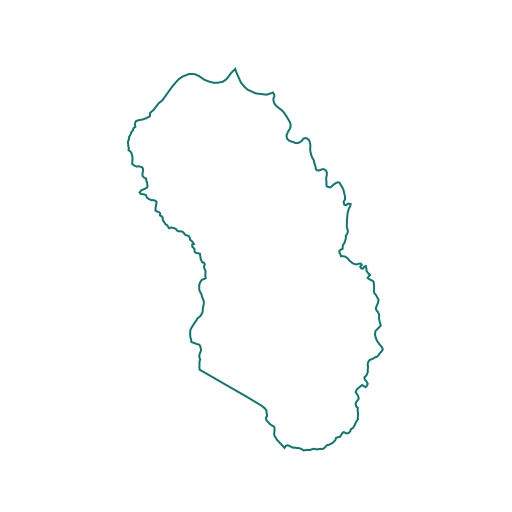 outline of Jaguarão, Rio Grande do Sul, Brazil, rotated 212°
{"feature_id": "56859067B71859783217554", "entity_name": "Jaguarão", "entity_type": "district", "adm_level": 2, "iso_a3": "BRA", "parent_name": "Brazil", "parent_adm1": "Rio Grande do Sul", "projection": "robinson", "projection_center": [-53.354, -32.403], "detail": "fine", "context": "isolated", "style": "outline", "palette": "teal", "viewbox_px": 512, "rotation_deg": 212, "n_neighbors": 0, "source": "geoboundaries", "source_scale": "gbopen_adm2", "svg_char_len": 5545}
<svg xmlns="http://www.w3.org/2000/svg" viewBox="0 0 512 512"><g transform="rotate(212 256 256)"><path d="M265.2,148.8L263.1,149.3L261.7,149.6L259.4,150.0L257.1,150.7L255.5,150.0L254.3,148.7L252.8,147.3L252.3,145.5L251.9,143.0L251.0,140.8L249.8,139.7L248.5,138.6L247.9,136.3L246.6,134.3L245.6,132.6L244.7,131.1L243.5,129.7L189.2,131.7L171.2,132.0L169.7,131.7L167.9,131.5L165.3,130.6L164.1,128.7L163.0,127.7L161.7,126.1L161.9,124.0L160.4,122.4L158.4,121.8L156.5,121.3L154.9,120.8L152.8,120.7L150.7,120.9L149.3,120.2L148.1,118.3L147.3,116.8L146.5,114.9L145.1,113.3L143.0,112.4L141.0,111.3L130.1,108.4L130.1,110.9L128.6,112.4L127.1,112.6L125.0,112.8L122.9,113.1L121.3,114.2L119.6,114.8L117.4,116.0L114.8,116.4L112.6,116.3L111.4,117.4L110.0,118.6L107.5,120.0L106.1,121.8L104.3,123.5L102.2,124.0L100.8,125.2L99.0,126.7L97.2,127.6L96.4,129.3L95.9,131.2L95.5,133.3L94.2,134.4L93.2,136.1L92.1,137.7L91.6,139.6L91.1,141.8L91.7,144.1L90.3,146.1L88.9,147.2L88.9,149.3L89.0,151.3L88.3,153.2L86.1,153.3L84.7,153.8L83.6,155.1L83.2,157.1L83.7,159.5L82.6,161.7L82.7,165.1L83.1,167.4L83.2,169.4L83.1,171.9L84.2,173.1L84.9,174.7L85.7,176.2L86.7,177.5L88.2,179.0L89.0,181.1L91.5,181.6L93.2,183.4L93.6,185.6L93.4,187.7L93.3,189.5L95.2,191.4L97.1,192.3L99.5,193.5L99.7,196.8L98.3,201.0L97.6,202.9L95.4,202.7L93.5,202.9L93.2,204.8L93.5,206.8L95.9,208.2L98.3,208.9L99.8,210.6L99.1,213.2L99.6,216.7L100.8,218.3L102.1,221.3L103.9,223.2L104.7,225.7L104.5,228.2L103.1,229.8L102.1,231.6L101.3,233.2L99.9,234.9L99.6,236.9L99.4,239.7L98.9,241.8L99.0,244.1L101.8,245.8L103.9,246.3L105.5,247.0L107.4,247.7L109.3,248.8L111.3,250.3L113.5,252.5L114.9,255.5L114.5,257.7L113.8,260.5L113.4,263.1L114.6,264.4L116.2,265.8L117.4,267.0L118.9,268.6L120.0,270.9L121.4,272.2L123.1,273.2L124.8,273.6L126.5,274.8L127.1,277.0L127.4,278.6L127.6,280.3L128.3,282.3L128.9,283.8L130.6,284.8L132.4,285.8L133.9,286.6L135.7,287.1L137.3,288.4L138.0,290.0L139.4,292.3L141.0,294.4L142.4,296.3L144.1,296.8L146.3,296.4L148.0,296.4L149.6,296.5L149.7,298.3L149.1,300.2L151.5,300.8L154.4,301.9L155.8,303.9L157.5,305.7L158.7,304.2L158.4,302.2L159.9,301.2L162.0,302.1L161.6,304.5L163.0,305.1L164.7,304.0L165.8,302.5L167.1,301.8L168.7,301.3L170.3,301.1L172.7,301.4L174.7,301.7L176.6,302.5L178.5,302.7L180.2,302.7L182.1,301.9L183.9,300.9L185.3,302.2L187.0,303.0L188.0,304.5L187.4,306.4L186.3,307.8L187.1,309.4L188.1,311.1L187.9,314.0L188.5,316.2L189.1,318.5L190.6,320.8L190.4,323.5L191.1,325.5L192.6,327.2L194.2,328.4L195.1,330.0L196.0,331.5L198.1,335.1L199.7,338.3L200.7,340.1L201.3,341.8L201.9,343.8L202.4,345.6L202.4,348.0L203.3,350.2L205.7,349.2L206.5,346.9L208.2,346.2L210.4,348.3L210.5,351.2L211.4,352.7L212.7,354.3L214.0,355.6L215.9,357.4L217.0,358.6L219.7,360.2L222.2,361.4L224.1,362.4L225.7,361.9L226.8,360.3L228.2,357.6L228.6,355.1L229.6,353.4L231.4,352.8L233.1,352.6L234.2,354.0L235.3,355.9L236.4,357.2L237.9,359.5L238.8,362.0L240.0,364.2L241.8,365.5L243.6,365.7L244.9,365.4L246.1,364.3L248.1,361.7L249.9,361.0L251.3,361.5L252.7,363.2L255.5,365.5L257.9,367.9L261.1,369.6L263.7,371.9L266.0,374.2L267.6,377.0L268.9,379.2L271.3,381.6L272.9,382.5L275.1,382.7L276.6,382.2L278.0,380.6L278.2,377.7L279.8,374.6L281.3,373.3L282.9,372.6L285.1,372.4L286.9,371.7L289.5,371.4L292.1,372.1L294.0,374.4L294.7,378.5L294.7,381.6L295.1,383.7L296.5,386.0L298.2,387.5L301.4,389.2L305.9,391.4L309.2,392.8L311.8,393.3L315.0,393.6L317.6,393.9L319.6,394.4L321.3,395.1L323.4,396.8L324.7,398.8L325.0,400.8L325.7,402.2L328.1,403.6L332.5,398.4L342.3,393.8L351.3,392.6L355.6,393.4L360.9,395.2L369.8,401.2L372.8,403.6L374.1,397.7L374.5,392.0L375.0,389.7L376.4,386.4L379.7,383.1L383.2,380.7L387.5,379.2L392.9,378.1L399.7,378.4L404.1,377.8L406.6,376.6L409.4,374.7L413.5,369.0L415.2,365.1L416.1,360.2L416.8,355.7L417.9,338.4L419.5,334.0L420.2,326.0L421.7,320.9L420.0,318.3L421.1,316.3L422.6,314.0L424.7,311.5L426.4,309.9L428.2,308.3L429.4,306.3L428.4,303.2L426.8,301.7L427.6,299.3L427.0,297.2L427.3,294.9L426.9,293.1L426.7,291.4L426.7,289.2L425.6,287.8L425.3,285.7L424.7,284.2L423.3,282.7L422.5,281.4L421.0,280.2L420.2,278.2L418.1,278.1L416.3,277.4L413.8,275.1L412.2,273.0L411.1,270.9L409.9,268.5L407.4,268.2L404.7,268.5L403.4,269.7L401.6,270.4L399.9,270.9L398.3,270.3L397.2,269.0L396.4,266.9L395.7,265.2L394.5,263.7L391.9,263.1L390.2,263.5L388.9,261.6L387.4,260.8L386.3,259.2L385.0,257.9L384.7,256.1L385.8,254.4L386.8,252.6L388.0,251.3L388.4,248.2L386.4,247.6L385.1,248.3L383.3,249.0L381.5,249.3L379.9,248.0L377.8,247.5L375.8,247.7L374.0,248.0L372.5,249.1L370.6,249.5L369.1,249.3L368.1,247.2L367.2,244.8L366.3,242.9L365.3,241.2L363.3,241.3L361.0,241.8L359.7,241.2L358.9,239.5L356.5,239.7L355.1,238.6L353.8,236.9L351.8,236.1L349.7,235.0L347.5,235.0L345.9,234.1L344.3,233.5L343.1,235.2L341.3,235.8L339.7,236.3L337.9,236.4L336.4,235.7L334.7,235.9L333.2,236.9L331.5,237.6L329.9,237.5L328.6,236.9L327.2,236.5L325.6,236.8L323.5,237.3L321.5,236.2L320.5,234.8L318.9,234.7L316.6,234.1L315.0,233.3L316.2,231.9L315.0,230.1L313.3,229.8L311.9,229.3L310.9,227.8L309.7,226.8L307.9,227.0L306.3,227.7L304.7,228.2L301.3,224.1L298.2,222.1L296.6,222.8L295.0,221.8L294.6,219.5L293.0,218.0L290.9,216.5L289.7,214.5L288.3,212.2L286.9,210.4L288.0,208.9L289.4,206.8L289.4,204.0L288.9,201.5L287.6,199.5L286.3,197.3L284.2,195.8L282.5,195.1L280.4,193.0L278.2,191.4L276.5,190.2L275.6,189.0L274.5,186.7L273.5,183.6L272.1,181.3L271.5,179.2L271.2,176.2L271.7,174.4L272.6,172.0L272.4,169.6L272.7,167.2L272.6,164.7L272.7,162.3L272.6,159.7L272.3,158.0L271.3,156.4L270.1,154.3L268.5,152.2L266.8,150.8L265.2,148.8Z" fill="none" stroke="#0f766e" stroke-width="2"/></g></svg>